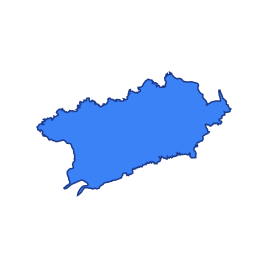 the district of Porto Estrela, Mato Grosso, Brazil, rotated 39°
{"feature_id": "56859067B85478740045964", "entity_name": "Porto Estrela", "entity_type": "district", "adm_level": 2, "iso_a3": "BRA", "parent_name": "Brazil", "parent_adm1": "Mato Grosso", "projection": "mercator", "projection_center": [-57.219, -15.53], "detail": "fine", "context": "isolated", "style": "filled", "palette": "blue", "viewbox_px": 256, "rotation_deg": 39, "n_neighbors": 0, "source": "geoboundaries", "source_scale": "gbopen_adm2", "svg_char_len": 5864}
<svg xmlns="http://www.w3.org/2000/svg" viewBox="0 0 256 256"><g transform="rotate(39 128 128)"><path d="M125.2,62.0L124.5,63.6L125.4,63.9L124.8,65.6L126.8,67.7L128.4,68.0L129.0,68.5L129.7,70.8L130.8,71.9L130.3,72.7L129.4,72.8L128.8,73.7L130.2,73.8L127.3,76.2L126.3,76.1L125.5,75.5L124.5,75.7L124.2,77.7L122.8,76.7L122.8,75.3L121.9,75.6L121.1,75.3L120.3,76.2L120.3,77.1L118.8,76.2L118.7,77.7L117.2,76.0L116.5,75.8L115.5,76.5L113.0,77.4L112.1,80.3L112.1,81.4L112.3,84.3L112.9,86.1L112.8,87.0L112.0,88.6L110.3,90.0L110.6,90.7L111.6,90.7L112.1,91.5L112.9,90.5L113.8,90.8L114.3,91.8L113.5,93.5L113.3,94.9L112.3,94.9L111.3,96.1L110.4,96.2L109.7,96.7L108.5,96.5L106.9,97.9L106.1,97.3L105.7,96.7L105.2,97.6L105.6,98.3L105.6,99.0L106.4,99.9L106.8,101.3L107.6,100.7L107.4,101.9L108.0,102.8L107.6,104.3L109.1,105.4L109.3,106.3L108.6,106.8L108.4,107.8L107.1,107.7L106.1,108.2L107.3,108.9L107.5,109.7L106.5,111.1L105.5,111.3L104.9,112.1L104.0,111.2L101.7,112.6L100.9,113.7L101.7,113.7L102.3,114.5L100.9,115.3L99.7,115.5L98.6,115.3L97.5,115.8L96.8,116.6L95.1,116.2L94.4,117.0L94.2,118.3L95.2,118.7L95.9,121.0L96.0,122.6L95.9,123.8L94.6,124.2L94.8,125.3L93.8,125.1L94.5,126.8L93.9,127.3L93.7,128.3L92.8,129.1L91.8,128.6L91.1,129.1L90.6,128.3L89.6,128.5L88.5,129.2L87.2,128.8L87.3,130.1L86.4,129.6L85.5,128.3L84.5,128.9L83.3,128.8L83.4,129.8L82.5,129.8L82.6,130.8L82.0,131.5L79.8,130.5L79.6,129.6L78.8,129.3L77.5,130.5L77.4,131.4L78.4,133.1L76.3,134.0L76.9,134.9L77.0,135.9L75.9,137.6L74.9,137.3L74.2,137.6L74.7,139.0L76.8,140.1L76.4,140.9L75.4,141.3L74.7,142.1L75.3,143.1L75.9,142.7L77.6,142.5L76.4,144.2L76.7,145.1L76.3,146.0L77.3,145.8L77.7,147.1L76.9,148.1L76.0,148.5L75.6,149.4L74.2,149.3L73.3,150.4L71.6,151.2L72.0,152.1L71.1,154.3L69.9,154.2L69.1,155.2L67.3,154.7L66.4,155.6L65.6,155.6L65.6,154.5L64.8,154.3L64.5,155.6L63.4,156.1L62.5,157.4L62.6,158.4L62.2,159.9L62.8,161.2L65.0,161.3L65.6,161.7L64.9,164.0L64.1,165.2L63.0,165.5L64.0,166.4L63.5,168.4L64.3,168.8L63.8,169.7L62.3,168.5L61.5,168.5L60.3,170.8L59.3,171.1L59.5,172.4L59.1,173.1L57.8,173.2L56.9,174.5L58.9,174.6L59.3,175.5L57.5,176.9L57.5,177.8L60.2,178.3L59.5,179.1L58.2,179.0L56.8,181.0L57.1,182.5L56.7,184.5L57.8,184.8L58.5,185.8L59.7,186.1L60.3,185.5L61.9,185.9L61.6,184.4L62.9,184.3L64.4,184.7L64.6,186.1L66.5,187.2L67.0,186.0L68.0,186.0L67.9,187.0L69.8,185.9L70.8,185.7L72.8,186.3L73.6,186.8L74.7,186.6L75.2,185.3L76.1,185.0L77.4,185.0L78.9,184.2L80.2,184.0L81.6,183.1L85.4,177.9L88.1,177.7L90.0,178.3L93.0,176.4L94.2,176.6L96.6,178.2L99.5,179.3L101.8,181.7L103.4,182.4L104.5,183.9L105.3,184.3L105.6,185.8L106.9,186.1L107.2,187.6L107.1,189.4L108.1,191.5L110.5,193.1L110.5,194.0L109.8,195.0L108.9,195.7L108.3,197.2L108.2,199.6L108.5,200.5L109.0,201.2L110.8,202.7L111.5,203.2L112.3,203.3L114.6,205.4L116.6,206.3L117.5,207.4L117.4,209.7L116.7,211.0L116.0,215.0L116.8,215.2L117.9,214.2L118.4,212.9L119.5,207.7L119.9,206.7L124.0,198.7L124.8,197.6L126.0,197.0L130.6,196.4L131.7,196.6L132.9,197.4L132.7,198.2L129.8,201.3L129.3,203.3L129.3,205.9L129.7,208.5L130.2,210.2L131.2,212.0L131.6,210.9L132.2,207.7L131.8,204.6L131.8,201.9L133.8,200.1L136.4,198.8L136.7,198.1L137.5,197.8L138.5,197.9L139.3,197.1L140.2,195.6L141.9,195.0L142.7,194.1L143.5,192.6L142.9,191.5L142.9,190.5L144.1,187.4L144.0,186.2L144.5,185.0L147.1,182.0L148.1,180.2L148.9,179.6L148.8,178.5L150.9,176.6L154.1,171.2L153.9,169.9L153.5,169.1L153.6,168.2L153.0,167.6L153.0,166.5L154.6,164.1L155.5,164.2L156.1,165.2L157.1,165.5L157.5,164.8L158.4,164.5L158.2,163.4L159.1,162.5L160.1,160.1L159.2,159.0L157.8,158.0L157.4,157.1L158.6,156.4L158.2,155.5L159.6,154.9L159.3,153.8L160.3,153.1L160.1,152.2L161.0,152.0L161.5,151.4L161.5,150.1L162.6,149.9L163.4,149.1L162.9,147.6L164.2,145.7L165.0,145.1L164.3,144.3L164.5,143.5L165.5,143.2L165.2,142.4L166.0,142.4L166.7,141.9L166.5,140.3L168.3,140.3L167.9,139.0L168.9,138.6L170.7,139.0L170.7,138.2L171.5,138.6L173.0,137.5L172.3,136.0L173.7,133.9L173.3,132.1L172.6,131.5L171.7,131.4L170.6,130.8L171.5,130.4L172.6,130.2L172.1,128.9L173.0,128.6L174.1,129.0L175.1,128.8L175.8,128.0L177.1,128.0L177.9,127.5L176.6,125.4L178.1,125.7L179.0,125.5L178.7,124.3L179.2,123.7L180.6,123.7L181.0,122.9L180.3,122.3L180.1,121.6L181.5,121.4L183.0,119.8L182.8,119.0L183.5,118.4L183.0,117.5L182.4,117.2L181.8,116.4L182.8,116.3L184.4,116.8L184.0,115.3L185.4,115.8L185.3,114.9L186.6,114.8L189.2,112.0L190.8,111.5L191.7,110.9L191.8,108.7L192.5,108.9L193.1,110.4L194.9,111.2L196.1,111.2L197.6,110.0L199.3,108.3L197.5,106.3L197.3,105.4L196.0,104.4L194.7,103.8L193.8,103.9L192.8,103.3L192.2,102.7L192.2,101.9L191.8,100.8L192.4,100.1L191.6,99.0L192.4,99.1L193.5,98.9L193.4,98.1L191.6,97.1L190.9,95.9L192.0,94.8L192.2,93.6L193.1,92.0L193.7,91.4L193.4,89.5L192.7,88.6L191.4,87.7L191.7,85.9L192.5,83.7L193.0,83.1L193.1,81.9L193.8,80.8L193.6,79.9L192.8,80.4L192.0,80.3L190.4,78.9L189.4,78.9L188.3,78.3L186.0,76.6L186.6,75.6L188.1,75.4L188.8,74.5L190.0,75.0L191.1,74.3L191.5,72.8L191.4,71.5L192.0,71.0L191.8,70.0L193.0,69.7L193.6,69.2L194.1,68.3L196.0,68.7L195.7,67.4L197.4,66.6L197.2,64.5L196.4,64.0L194.8,64.7L193.9,64.5L193.3,64.0L194.7,61.7L194.3,60.6L193.5,59.5L193.9,58.5L195.0,57.0L194.5,56.2L192.8,54.9L193.7,54.8L195.7,52.7L196.8,51.0L196.0,49.7L196.0,48.5L193.9,48.8L191.0,47.1L190.2,47.7L189.2,47.5L188.2,45.9L187.3,45.3L182.8,45.1L180.2,43.3L178.8,42.8L175.6,40.8L174.9,41.6L175.6,42.4L178.4,45.1L181.5,47.2L182.2,47.9L182.8,49.0L179.4,51.6L176.5,55.4L174.5,61.4L174.4,60.0L174.0,59.1L173.4,58.7L172.6,58.6L171.7,57.9L167.5,57.4L166.5,56.8L165.2,54.9L162.0,55.3L161.1,55.1L157.6,53.6L157.0,53.0L155.9,50.4L154.8,49.7L153.4,49.8L148.9,51.8L147.5,52.8L145.3,54.9L141.8,56.9L139.2,56.4L138.2,56.5L136.3,57.4L134.9,59.1L132.4,59.5L129.4,59.1L128.3,58.8L127.6,58.2L125.3,58.6L126.4,59.7L127.2,59.2L127.0,60.1L126.0,60.9L125.2,62.0ZM125.2,62.0L124.3,61.0L124.0,62.1L125.2,62.0Z" fill="#3b82f6" stroke="#1e3a8a" stroke-width="1.5"/></g></svg>